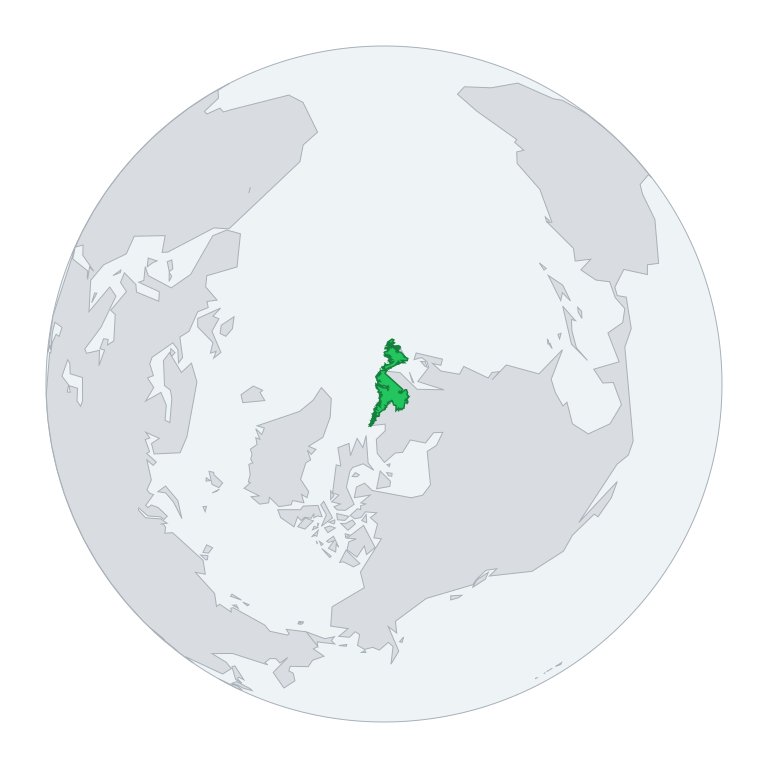 globe centered on Newfoundland and Labrador, rotated 221°
{"feature_id": "CAN-686", "entity_name": "Newfoundland and Labrador", "entity_type": "Province", "adm_level": 1, "iso_a3": "CAN", "parent_name": "Canada", "parent_adm1": "", "projection": "orthographic", "projection_center": [-58.847, 53.496], "detail": "fine", "context": "on_globe", "style": "filled", "palette": "green", "viewbox_px": 768, "rotation_deg": 221, "n_neighbors": 0, "source": "natural_earth", "source_scale": "10m", "svg_char_len": 16147}
<svg xmlns="http://www.w3.org/2000/svg" viewBox="0 0 768 768"><g transform="rotate(221 384 384)"><circle cx="384" cy="384" r="338" fill="#eef3f6" stroke="#a8b0b8"/><path d="M317.4,715.3L321.8,715.5L321.6,702.6L313.6,697.0L287.5,685.9L255.9,655.2L263.4,646.8L257.0,639.4L278.2,627.8L273.3,608.5L265.9,603.8L258.2,608.5L233.8,588.1L226.4,569.8L158.5,504.4L153.0,490.7L155.5,476.4L146.1,407.4L144.0,463.4L137.8,447.2L135.4,424.2L140.0,423.6L142.6,393.5L138.9,375.6L149.4,339.7L178.4,308.3L177.7,318.6L184.8,310.4L186.1,297.3L185.3,290.8L211.4,249.9L219.7,212.4L211.0,204.4L221.7,203.7L197.6,192.1L194.9,177.1L205.0,191.9L211.3,191.8L212.9,180.2L219.8,177.8L224.5,171.0L232.6,169.4L237.9,178.9L243.2,178.2L244.0,170.1L252.6,163.9L250.6,175.8L265.4,166.3L277.0,181.8L265.2,217.4L278.4,226.6L284.4,265.5L290.7,261.2L297.0,274.1L306.6,274.2L305.0,282.0L314.1,275.4L313.7,268.3L317.6,263.1L323.3,262.7L322.2,272.4L319.2,274.0L321.8,276.7L318.8,281.8L323.5,279.0L321.5,291.2L331.8,278.7L337.2,288.1L333.6,296.4L323.1,295.9L288.8,316.0L281.9,325.4L282.8,338.4L307.2,361.5L304.1,372.1L307.9,386.1L314.6,379.8L314.0,366.7L327.4,359.0L325.1,344.5L330.2,339.5L332.2,325.1L343.6,327.2L353.5,337.2L352.4,349.5L356.8,354.5L367.3,343.1L374.4,367.0L394.9,385.1L395.4,391.7L379.5,403.1L355.6,401.7L334.9,419.0L360.1,408.1L361.1,425.8L366.2,429.1L373.0,428.6L377.3,422.1L380.1,428.5L356.2,441.1L353.3,435.5L360.9,431.3L349.6,431.1L333.5,440.8L335.3,449.6L309.2,456.9L310.1,463.5L304.9,469.2L305.2,458.0L304.2,478.6L273.7,493.3L271.8,527.0L260.9,497.2L249.2,490.0L234.6,484.8L234.0,490.3L215.7,477.6L197.1,480.3L187.3,502.3L191.3,524.3L211.9,535.6L219.5,528.3L235.4,532.8L221.1,555.0L248.5,569.4L244.1,586.9L251.7,598.9L266.1,600.9L280.8,609.2L292.3,601.5L310.3,599.3L309.8,613.8L320.4,602.2L330.0,610.7L366.4,613.1L363.4,616.3L394.0,633.1L428.2,637.8L436.1,646.2L431.9,652.1L444.0,652.1L444.2,655.6L493.1,650.8L518.7,650.9L518.3,661.1L497.5,677.8L480.4,698.9L443.5,710.3L435.3,715.2L408.5,720.8L386.1,721.6L392.7,721.8L367.4,721.5L342.3,719.3L317.4,715.3ZM66.6,288.2L69.4,283.2L67.2,290.3L66.6,288.2ZM71.4,277.7L70.4,279.9L71.3,277.5L71.4,277.7ZM72.4,274.2L71.7,276.7L72.2,274.3L72.4,274.2ZM73.3,270.1L72.9,272.2L73.3,270.1ZM268.7,537.1L300.2,560.0L281.0,557.4L284.9,555.7L277.2,547.5L262.4,537.5L245.9,535.3L268.7,537.1ZM75.8,262.6L76.5,260.6L76.4,262.1L75.8,262.6ZM285.7,523.8L280.2,521.0L285.8,522.4L285.7,523.8ZM183.8,288.4L185.4,297.4L181.7,310.4L179.5,303.1L183.8,288.4ZM192.0,264.8L194.7,267.9L186.6,275.7L187.6,271.5L192.0,264.8ZM203.2,199.7L203.2,205.9L200.8,200.8L203.2,199.7ZM223.7,170.4L221.5,169.5L224.9,166.5L223.7,170.4ZM325.8,325.0L328.9,325.1L327.0,327.7L325.8,325.0ZM323.8,318.9L319.3,321.9L317.6,319.5L320.4,317.7L323.8,318.9ZM240.4,161.3L246.5,157.0L241.2,163.0L240.4,161.3ZM329.8,315.8L315.2,314.8L312.4,310.5L320.9,300.1L329.8,315.8ZM250.6,155.5L265.3,145.5L261.7,142.4L280.2,145.9L261.6,153.0L255.6,160.7L255.4,155.8L250.6,155.5ZM311.2,266.3L311.8,273.8L306.1,268.0L311.2,266.3ZM306.6,263.9L283.4,254.7L285.3,243.8L292.6,248.9L290.9,235.5L303.2,234.7L307.0,241.8L303.3,248.9L310.8,243.3L306.6,263.9ZM288.1,149.8L292.4,149.0L288.8,151.7L288.1,149.8ZM318.7,260.7L313.9,259.6L315.2,250.0L325.1,250.4L321.5,253.3L318.7,260.7ZM284.4,232.7L287.1,225.9L297.9,223.2L300.4,220.3L303.7,233.7L284.4,232.7ZM324.1,255.3L330.1,251.0L334.7,255.2L323.6,261.1L324.1,255.3ZM311.3,247.4L312.4,242.9L315.0,245.5L311.3,247.4ZM354.2,268.5L348.3,267.0L348.5,261.8L354.2,268.5ZM332.1,249.1L330.5,247.7L329.9,245.6L334.8,243.7L332.1,249.1ZM311.0,231.1L314.9,231.6L310.2,225.5L318.1,223.5L318.9,233.0L321.8,228.1L324.2,227.6L322.2,236.0L311.0,231.1ZM337.9,235.6L341.6,247.5L352.4,251.2L352.5,255.9L335.1,249.2L337.9,235.6ZM328.8,235.0L334.5,236.4L331.8,241.3L326.3,243.4L328.8,235.0ZM323.1,219.0L310.9,219.4L311.1,217.4L323.1,219.0ZM341.6,235.7L340.6,232.8L342.6,235.4L341.6,235.7ZM329.4,222.9L325.0,223.3L325.4,220.9L329.4,222.9ZM342.3,227.0L343.4,230.8L339.8,232.2L342.3,227.0ZM336.8,224.4L338.4,221.1L337.7,230.5L334.8,224.9L336.8,224.4ZM330.5,220.7L329.3,219.4L332.2,220.9L330.5,220.7ZM355.6,219.7L355.6,231.2L347.5,234.3L348.5,222.6L355.6,219.7ZM357.3,47.1L357.1,47.2L367.5,46.6L365.1,47.1L384.5,46.4L381.8,47.1L398.2,46.8L394.5,46.3L378.4,46.2L384.1,46.1L409.4,47.0L434.5,49.9L459.4,54.6L483.8,61.1L507.6,69.5L530.8,79.6L553.1,91.4L574.5,104.9L594.8,119.9L614.0,136.4L631.9,154.3L633.3,156.2L657.0,188.5L655.8,188.8L661.3,197.2L664.1,206.5L660.4,206.7L664.2,215.5L672.8,214.7L668.2,205.6L657.9,191.0L661.7,194.1L658.3,187.2L678.6,218.4L706.1,283.4L701.0,274.2L681.7,274.9L677.9,269.7L677.5,269.5L676.7,269.1L683.0,279.1L677.0,278.7L695.8,283.6L702.3,291.5L706.6,285.0L708.1,289.8L707.2,285.4L704.6,277.3L711.3,300.1L716.4,323.2L719.9,346.7L721.6,370.3L721.8,394.0L720.2,417.7L717.0,441.2L712.2,464.4L705.8,487.2L697.7,509.5L699.2,505.9L701.9,496.6L696.5,491.2L698.3,472.0L694.8,471.5L688.8,484.6L683.7,483.9L679.3,490.8L645.4,539.6L629.9,543.4L599.4,530.5L601.8,511.3L593.3,496.7L602.8,399.4L614.8,390.2L633.7,341.7L637.8,337.8L646.5,352.4L669.4,331.7L663.9,313.1L673.8,290.0L673.4,269.9L654.1,245.0L654.6,277.3L643.9,274.4L634.8,241.1L632.8,214.0L628.6,212.1L620.8,222.8L611.1,210.8L617.1,226.3L621.5,224.3L625.3,234.2L621.5,236.7L618.2,232.1L616.2,239.3L632.4,260.1L638.6,260.4L639.0,284.8L649.5,287.8L652.9,297.6L636.5,296.3L631.1,291.0L608.3,298.7L614.1,306.2L635.9,299.9L633.2,304.6L641.2,315.9L633.0,311.1L607.6,317.0L601.8,340.0L610.5,383.5L603.8,396.9L590.9,403.2L571.7,375.9L588.8,349.4L582.3,340.3L565.1,337.8L571.7,330.2L566.8,326.3L572.0,316.3L565.7,295.9L568.9,285.5L553.4,271.9L552.9,265.0L562.2,274.8L570.4,276.5L576.6,252.0L574.0,245.6L563.5,239.0L566.5,233.5L555.5,230.3L552.7,214.7L546.8,231.3L534.3,225.1L525.5,213.1L520.3,214.3L534.6,233.9L541.2,239.2L548.6,238.8L565.8,257.0L566.5,266.9L544.5,259.8L543.0,273.4L526.5,262.8L498.1,214.8L492.8,198.3L511.6,180.4L520.4,186.5L517.9,195.6L532.2,191.3L525.3,189.6L527.8,185.4L516.4,179.1L517.7,175.9L504.6,175.7L504.9,171.1L513.2,171.2L496.6,158.9L493.6,148.8L489.2,147.7L485.4,149.4L484.2,136.0L481.1,135.8L480.2,140.0L473.4,142.6L460.8,142.1L461.1,137.5L465.7,137.0L475.7,129.5L487.8,129.6L486.6,127.7L476.2,126.6L464.0,135.7L456.3,136.7L460.9,131.5L458.7,133.5L454.9,132.6L451.5,127.6L446.0,133.1L404.8,132.2L394.1,123.2L402.8,118.1L374.3,114.7L364.4,106.2L363.7,109.9L349.6,111.7L352.5,114.3L351.0,116.3L316.0,123.8L308.0,122.5L292.1,131.2L291.7,133.3L296.8,134.7L280.2,145.9L261.7,142.4L263.5,137.7L250.7,139.2L256.7,128.6L255.7,121.0L269.6,109.4L267.6,105.0L262.8,106.2L256.5,101.6L260.1,88.9L278.4,93.6L277.1,114.5L279.5,105.1L285.3,105.9L290.0,101.8L291.1,95.7L287.4,95.8L321.6,81.2L336.9,67.7L320.5,70.5L312.5,69.0L315.5,59.3L355.1,47.9L344.9,48.4L345.2,48.3L357.3,47.1ZM611.3,439.4L613.9,444.7L613.9,444.8L611.3,439.4ZM638.6,194.7L632.2,178.7L621.3,176.3L617.9,170.2L615.4,171.8L620.5,176.2L612.5,179.7L604.7,169.9L598.4,168.1L600.3,173.4L615.8,191.1L627.5,185.8L634.8,193.6L638.6,194.7ZM367.6,613.0L371.9,615.9L366.0,615.8L367.6,613.0ZM277.7,563.4L284.6,565.6L288.1,569.0L282.6,568.5L277.7,563.4ZM338.0,575.0L346.3,577.3L337.4,577.7L338.0,575.0ZM305.3,562.9L331.3,573.7L314.0,575.9L297.7,569.0L309.3,569.9L305.3,562.9ZM281.1,533.2L285.3,535.6L283.6,538.4L281.1,533.2ZM289.9,524.8L288.1,524.7L286.3,521.4L289.9,524.8ZM362.5,425.0L364.5,424.2L371.1,425.2L367.5,427.8L362.5,425.0ZM403.7,412.6L407.3,423.3L402.2,417.2L397.9,422.6L381.7,416.9L394.9,394.8L391.8,405.6L403.7,412.6ZM363.8,404.1L372.6,409.6L362.5,404.5L363.8,404.1ZM534.7,316.2L540.9,314.6L545.4,321.6L541.3,336.4L534.7,326.3L534.7,316.2ZM548.5,310.9L527.8,300.8L529.5,291.7L532.1,298.4L535.3,293.4L540.3,303.0L562.1,304.9L567.6,311.3L557.1,334.2L557.5,322.9L551.4,324.9L548.5,310.9ZM472.0,296.3L463.1,293.3L478.3,277.3L484.9,282.1L481.3,296.7L471.4,299.7L472.0,296.3ZM347.5,298.3L343.1,299.3L343.4,296.4L347.3,293.3L347.5,298.3ZM351.4,268.2L367.0,291.6L362.8,293.8L377.0,305.7L371.4,316.2L362.3,307.9L368.6,325.3L358.2,322.1L363.7,333.4L344.2,314.0L335.1,312.2L347.4,310.1L352.9,300.4L352.5,295.8L344.6,281.4L327.6,273.6L330.3,263.3L336.8,258.2L341.2,258.5L338.1,264.9L346.3,260.7L345.2,270.4L351.4,268.2ZM410.3,211.7L404.8,217.7L421.2,213.5L420.1,222.0L422.1,221.0L425.6,227.9L433.3,234.7L431.2,238.5L435.1,239.6L437.5,244.4L442.1,247.2L440.1,255.1L445.6,259.4L441.4,260.8L451.5,266.1L443.1,265.7L445.4,272.3L452.3,269.2L429.8,307.8L426.8,325.2L428.9,340.2L414.2,338.4L402.8,323.6L395.1,303.6L400.1,287.5L392.5,290.0L392.7,283.1L398.6,284.0L389.6,278.6L391.3,273.3L384.4,257.3L370.3,253.4L367.5,247.7L373.8,246.6L366.5,241.8L376.6,236.0L374.8,232.0L382.8,222.5L396.1,223.3L393.1,218.7L399.1,211.7L410.3,211.7ZM358.2,217.2L374.4,215.4L381.7,219.4L364.6,234.3L364.9,238.8L354.1,249.1L343.7,243.2L347.7,240.7L349.2,237.0L351.9,240.3L350.9,234.9L356.4,231.5L357.1,226.5L362.1,227.2L358.2,217.2ZM636.0,328.0L638.0,324.2L639.6,317.1L644.6,324.4L636.0,328.0ZM618.9,332.4L619.8,327.9L627.8,334.1L625.6,338.4L618.9,332.4ZM613.5,320.5L619.2,327.2L614.9,326.1L613.5,320.5ZM562.3,270.6L562.4,265.9L565.0,266.7L568.1,270.9L562.3,270.6ZM458.8,203.3L454.5,205.6L452.8,203.9L440.8,203.5L440.6,197.5L447.8,195.4L458.8,203.3ZM658.0,253.6L662.1,262.8L660.4,264.1L659.4,260.7L658.0,253.6ZM656.1,295.3L659.7,288.0L657.4,297.4L656.1,295.3ZM456.6,196.7L451.7,197.1L454.7,193.9L456.6,196.7ZM439.9,193.1L442.2,189.1L439.2,196.7L439.9,193.1ZM448.2,149.8L465.2,156.7L477.3,158.6L484.0,154.4L481.9,163.7L463.2,160.8L448.2,149.8ZM410.2,134.6L404.4,139.0L402.0,135.7L403.0,134.3L410.2,134.6ZM410.2,138.2L412.3,146.3L405.9,147.9L405.5,141.2L410.2,138.2ZM435.2,170.3L440.2,172.7L437.7,175.2L435.2,170.3ZM314.9,53.2L311.9,54.0L300.8,57.0L301.6,57.9L296.4,59.9L291.3,60.1L293.6,58.4L296.7,57.5L314.9,53.2ZM302.5,58.2L299.9,62.7L285.1,66.3L282.4,66.1L289.8,62.4L297.2,60.6L302.5,58.2ZM295.0,65.0L302.0,63.6L313.2,70.8L311.8,73.4L295.6,68.8L301.4,67.4L301.3,65.3L295.0,65.0ZM291.6,146.6L292.3,148.8L289.0,148.0L291.6,146.6ZM353.0,117.8L350.5,120.4L346.7,119.0L353.0,117.8ZM341.5,127.0L347.5,126.7L341.1,128.9L341.5,127.0ZM360.9,125.7L349.8,127.4L360.6,123.1L360.9,125.7Z" fill="#d9dde1" stroke="#a8b0b8" stroke-width="1"/><path d="M367.4,343.3L367.8,343.7L367.1,343.3L366.7,343.6L367.8,344.1L366.4,345.1L367.8,344.3L367.3,345.6L368.3,344.9L367.9,346.5L368.2,347.0L368.9,347.2L368.6,347.2L368.2,348.0L369.4,348.0L368.4,348.7L370.4,349.5L370.1,350.4L368.5,350.6L368.3,350.9L371.0,350.8L370.4,351.0L370.9,351.6L370.4,352.0L371.3,351.8L371.6,352.7L371.2,352.9L371.8,353.1L369.9,353.9L370.2,354.3L369.3,355.2L372.6,354.4L371.4,355.8L372.2,356.1L370.8,356.2L370.0,357.1L372.8,356.1L372.6,356.8L373.2,357.0L372.5,357.1L372.0,357.5L373.7,357.4L373.7,358.4L374.4,359.4L372.3,360.1L374.3,360.7L373.9,361.7L376.0,362.7L376.0,363.5L375.5,363.3L374.1,364.3L374.8,365.4L372.2,364.3L373.5,364.0L371.9,364.2L374.7,365.7L373.2,366.3L375.0,367.4L373.4,367.2L375.8,367.8L375.4,368.7L376.1,368.8L375.2,369.0L377.8,370.2L377.0,370.7L378.2,370.2L377.9,371.7L379.1,370.5L378.4,371.4L379.1,372.0L378.6,372.4L378.5,373.0L379.1,372.2L379.5,372.6L377.8,375.1L380.9,373.2L380.2,374.4L382.0,374.3L381.0,375.3L380.3,376.6L382.9,373.7L382.2,375.3L383.4,374.2L383.8,376.0L389.1,377.5L388.2,378.7L381.5,380.7L385.6,379.7L379.5,382.3L379.5,383.8L377.0,381.9L376.8,382.6L379.7,383.9L378.5,384.8L379.5,385.3L380.4,383.7L383.4,382.7L384.0,381.3L387.6,380.6L385.7,379.8L388.8,379.8L390.2,382.0L388.5,383.4L389.4,383.4L389.2,384.3L390.5,382.5L392.2,382.1L391.4,382.8L394.0,383.5L393.0,383.5L395.0,385.8L393.5,386.6L394.8,387.6L393.6,387.8L395.1,388.9L392.4,389.2L395.5,389.9L393.5,390.0L395.3,390.8L395.4,391.9L390.6,396.2L390.3,392.7L366.3,392.2L366.3,390.3L365.2,389.3L367.8,388.5L367.1,387.2L365.0,388.1L364.2,393.6L363.2,394.4L360.4,392.8L359.9,391.1L358.2,391.2L357.3,389.6L356.8,390.5L356.6,389.4L357.6,386.4L357.2,385.3L355.8,387.2L354.0,385.9L353.9,384.5L355.2,384.8L355.8,382.9L353.1,378.9L353.8,378.0L353.6,376.6L354.5,375.7L355.3,376.5L356.0,375.4L355.2,372.9L357.3,375.2L357.5,371.7L360.8,375.7L362.9,374.5L366.8,376.9L367.4,376.6L366.8,375.8L367.2,374.9L367.9,375.2L368.7,373.2L367.8,373.0L369.0,372.4L367.6,371.8L368.0,370.9L367.5,369.2L368.9,368.6L367.0,368.2L367.5,367.4L366.7,366.1L367.6,366.1L366.9,364.4L367.8,363.5L368.5,359.5L369.1,358.7L367.6,358.2L366.6,356.3L368.7,354.1L368.0,352.9L369.8,352.5L365.7,351.2L367.5,350.9L366.9,349.8L367.6,348.0L366.5,348.2L366.0,347.3L366.9,345.5L366.3,345.2L366.2,344.7L367.1,344.3L366.5,343.4L367.4,343.3ZM408.7,418.1L407.4,423.2L405.4,423.7L405.2,420.2L402.8,422.6L404.1,419.0L402.8,416.5L402.1,416.3L401.7,419.0L400.9,419.6L401.6,418.1L400.0,419.3L398.5,422.3L396.5,422.8L395.5,422.2L400.5,417.8L397.6,417.7L397.7,419.0L397.0,419.6L396.7,419.4L397.0,418.9L396.8,418.7L395.7,419.4L396.3,418.5L394.7,419.1L396.8,418.0L395.6,418.1L396.3,416.5L396.1,416.3L395.1,417.9L394.7,417.1L394.6,418.3L394.1,417.6L392.2,419.0L386.0,418.4L386.3,417.8L382.8,418.9L381.8,417.0L386.2,413.3L382.4,413.6L384.3,411.8L383.6,412.7L384.5,413.0L385.7,409.7L385.9,410.1L386.4,410.0L387.0,410.6L387.7,410.6L386.7,409.7L387.6,409.7L387.8,409.4L387.0,409.6L387.5,409.0L386.4,408.3L387.2,407.2L388.4,407.7L387.4,406.5L389.6,401.0L390.2,401.0L390.3,400.8L389.4,400.4L391.1,399.1L390.5,398.5L391.2,398.5L391.8,396.7L394.8,394.8L394.9,395.6L395.9,395.6L395.4,395.2L395.8,394.9L396.6,395.1L396.0,396.6L394.1,396.3L395.5,398.0L394.3,400.2L394.0,399.2L394.3,400.5L392.8,402.2L391.4,406.0L391.6,407.2L394.3,403.5L394.1,404.9L396.8,404.5L394.8,405.8L394.3,406.9L395.5,406.2L394.4,407.8L396.7,407.3L396.6,408.1L397.3,407.2L397.6,408.3L397.5,407.0L398.0,407.1L397.9,407.0L398.1,406.9L397.4,409.9L398.4,408.0L398.7,408.7L399.4,407.6L399.5,408.4L400.7,406.8L400.8,408.4L402.4,407.0L404.6,408.0L404.3,409.4L402.0,411.2L403.4,410.8L402.7,411.3L403.1,412.0L404.4,411.6L402.3,413.5L404.2,412.4L404.5,413.2L406.4,411.3L406.8,412.2L404.5,414.6L403.3,414.3L403.3,414.7L403.4,415.2L404.4,415.3L403.5,415.6L404.6,415.3L404.0,417.0L403.7,416.6L403.4,416.6L405.0,418.3L405.9,415.4L407.3,414.4L406.2,418.1L406.8,418.9L407.7,417.8L408.0,416.5L408.7,418.1ZM374.9,364.7L376.0,363.6L375.2,364.5L375.8,364.5L375.8,365.4L374.9,364.7ZM386.1,375.9L387.4,376.1L387.4,376.3L386.8,376.5L386.3,376.5L386.1,375.9ZM401.5,406.5L401.4,405.6L402.6,405.9L402.5,406.0L401.5,406.5ZM404.3,414.7L404.6,415.1L403.6,415.1L403.3,414.5L404.3,414.7ZM376.2,368.5L377.1,369.0L376.3,368.9L376.2,368.5ZM375.5,365.8L376.5,366.5L374.9,366.1L375.5,365.8ZM399.7,407.1L399.1,406.6L400.5,406.3L399.7,407.1ZM374.1,359.7L374.7,360.2L374.0,360.1L374.1,359.7ZM375.5,366.7L375.0,367.1L374.4,366.6L375.5,366.7ZM368.5,346.0L368.8,346.6L368.1,346.6L368.5,346.0ZM375.2,360.7L374.5,360.7L374.3,360.5L375.0,360.0L374.5,360.6L375.2,360.7ZM374.3,357.8L373.8,358.3L373.8,358.2L374.3,357.8ZM374.4,358.6L374.7,358.2L375.2,358.5L374.9,359.0L374.4,358.6ZM402.7,417.7L402.4,419.2L401.9,419.3L402.7,417.7ZM394.1,384.1L394.8,383.9L394.9,384.1L394.1,384.1ZM396.0,399.7L396.4,400.1L396.0,400.1L396.0,399.7ZM394.9,418.3L395.6,418.2L395.8,418.4L394.9,418.3ZM377.2,369.9L377.9,369.6L377.7,369.8L377.2,369.9ZM376.8,365.4L376.5,365.0L376.8,365.4L376.8,365.4ZM396.9,392.7L396.4,393.2L397.0,392.5L396.9,392.7ZM390.4,382.2L391.0,382.1L390.4,382.2ZM394.6,386.5L394.9,386.2L394.9,386.5L394.6,386.5ZM389.1,377.7L389.4,378.0L389.1,378.0L389.1,377.7ZM395.9,398.7L396.3,399.1L396.0,399.0L395.9,398.7ZM395.9,406.8L396.5,406.7L396.1,406.9L395.9,406.8ZM390.1,383.1L390.0,382.7L390.3,382.6L390.1,383.1ZM399.9,407.1L399.9,407.6L399.7,407.5L399.9,407.1ZM402.9,418.7L402.9,417.5L403.0,418.8L402.9,418.7ZM407.1,417.7L407.5,417.5L407.1,417.8L407.1,417.7ZM395.9,407.2L396.2,406.9L396.2,407.0L395.9,407.2ZM367.6,343.0L367.7,343.4L367.5,343.2L367.6,343.0ZM394.6,386.7L394.9,386.8L394.8,387.0L394.6,386.7ZM394.5,388.1L394.8,388.0L394.8,388.3L394.5,388.1ZM402.5,419.5L402.6,419.2L402.7,419.3L402.5,419.5ZM395.5,403.1L395.8,403.0L395.5,403.1ZM389.9,399.8L390.1,399.6L389.9,399.8ZM396.0,420.4L395.7,420.4L395.8,420.3L396.0,420.4ZM389.1,379.4L389.3,379.3L389.3,379.6L389.1,379.4ZM389.3,378.2L389.5,378.1L389.7,378.3L389.3,378.2ZM400.1,420.2L400.3,420.2L400.1,420.4L400.1,420.2ZM395.2,403.2L395.4,403.2L395.2,403.2L395.2,403.2Z" fill="#22c55e" stroke="#15803d" stroke-width="1.5"/></g></svg>